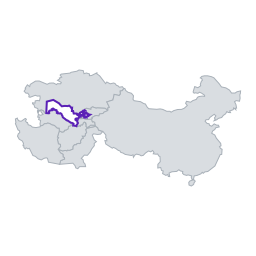 Uzbekistan shown with its bordering countries
{"feature_id": "UZB", "entity_name": "Uzbekistan", "entity_type": "country or territory", "adm_level": 0, "iso_a3": "UZB", "parent_name": "Asia", "parent_adm1": "", "projection": "robinson", "projection_center": [66.075, 41.364], "detail": "medium", "context": "with_neighbors", "style": "outline", "palette": "violet", "viewbox_px": 256, "rotation_deg": 0, "n_neighbors": 8, "source": "natural_earth", "source_scale": "50m", "svg_char_len": 9244}
<svg xmlns="http://www.w3.org/2000/svg" viewBox="0 0 256 256"><path d="M123.8,88.6L122.2,90.7L120.2,91.0L120.4,94.1L119.2,95.5L114.2,94.4L112.9,100.0L106.8,101.9L109.4,107.3L107.7,108.1L108.0,109.9L106.5,109.4L105.1,108.3L97.1,107.9L96.2,108.2L92.6,106.9L91.2,107.6L90.9,109.4L86.7,108.3L85.0,108.8L84.5,110.2L79.7,112.9L78.6,115.1L77.6,115.2L76.9,113.7L73.7,113.6L73.2,111.0L71.9,111.0L72.1,107.9L69.1,105.6L61.8,106.3L59.5,103.5L53.2,99.8L46.7,101.6L46.3,113.1L44.9,113.3L43.3,110.8L41.6,110.0L38.7,110.6L37.5,111.7L37.4,110.9L38.1,109.6L37.7,108.5L34.8,107.4L33.9,104.6L32.6,103.9L32.5,102.8L35.0,103.1L35.2,100.9L37.4,100.4L39.5,100.8L40.2,97.8L39.9,95.9L37.4,96.1L35.3,95.3L30.0,97.3L28.8,96.8L29.2,95.2L27.8,93.2L26.0,93.2L24.1,91.2L25.7,88.8L25.1,88.2L27.4,84.8L29.7,86.6L30.2,84.4L35.5,81.1L39.2,81.0L47.1,84.3L49.7,83.1L53.5,83.0L56.5,84.6L57.3,83.7L60.7,83.8L61.3,82.4L57.5,80.3L59.8,78.8L59.4,78.0L61.7,77.2L60.1,75.1L61.2,74.1L70.0,73.1L71.1,72.3L76.9,71.2L79.0,70.0L83.2,70.6L84.0,73.7L86.4,73.0L89.5,74.0L89.4,75.7L91.6,75.5L97.3,72.6L96.6,73.6L99.7,75.9L105.6,83.6L106.8,82.0L110.2,83.8L113.6,83.0L115.0,83.5L116.4,85.3L118.1,85.9L119.3,87.2L122.4,86.7L123.8,88.6Z" fill="#d9dde1" stroke="#a8b0b8" stroke-width="1"/><path d="M102.9,131.4L100.5,134.1L97.6,134.5L93.5,133.8L92.3,135.1L94.3,140.0L96.4,141.6L94.2,143.4L94.3,145.7L91.8,148.8L90.2,152.0L87.4,155.3L84.3,155.1L81.3,158.4L83.1,159.8L83.5,162.3L85.0,163.9L85.6,166.6L79.6,166.6L77.8,168.7L75.8,167.9L75.0,165.6L72.9,163.2L59.6,164.3L60.7,160.6L64.6,159.0L64.4,157.5L63.1,157.0L63.0,154.3L60.5,152.9L58.1,149.3L62.6,150.9L65.3,150.4L66.9,150.8L67.4,150.1L69.3,150.4L72.8,149.1L72.9,146.4L74.4,144.6L76.3,144.6L76.6,143.8L78.7,143.3L79.6,143.6L80.7,142.8L80.5,140.9L81.6,138.9L83.3,138.1L82.2,136.1L84.7,136.2L85.4,135.0L85.3,133.8L86.6,132.5L85.6,129.6L87.1,128.2L95.7,126.3L97.7,127.7L98.6,130.1L102.9,131.4Z" fill="#d9dde1" stroke="#a8b0b8" stroke-width="1"/><path d="M73.2,125.5L74.7,125.5L77.4,126.6L79.3,125.6L80.2,126.2L81.0,124.8L82.6,124.8L83.2,123.1L84.3,122.0L85.7,122.7L85.5,123.7L86.2,123.8L86.1,126.5L87.1,127.5L89.1,126.5L90.7,125.1L95.2,125.3L95.7,126.3L87.1,128.2L85.6,129.6L86.6,132.5L85.3,133.8L85.4,135.0L84.7,136.2L82.2,136.1L83.3,138.1L81.6,138.9L80.5,140.9L80.7,142.8L79.6,143.6L78.7,143.3L76.6,143.8L76.3,144.6L74.4,144.6L72.9,146.4L72.8,149.1L69.3,150.4L67.4,150.1L66.9,150.8L65.3,150.4L62.6,150.9L58.1,149.3L60.6,146.4L60.4,144.4L58.4,143.9L57.4,139.3L58.5,137.6L57.4,137.1L59.3,130.9L62.0,132.1L63.9,131.7L64.5,130.3L66.6,129.8L68.1,128.8L68.6,126.3L70.8,125.7L71.2,124.6L73.2,125.5Z" fill="#d9dde1" stroke="#a8b0b8" stroke-width="1"/><path d="M76.6,126.2L78.1,123.0L77.5,120.7L75.6,119.9L76.2,118.5L78.4,118.7L80.4,115.0L83.8,114.2L83.3,115.7L83.7,116.5L84.7,116.5L83.8,117.4L81.0,116.9L80.8,118.7L83.6,118.5L86.8,119.5L91.6,119.0L92.4,121.9L93.2,121.6L94.8,122.3L95.2,125.3L90.7,125.1L89.1,126.5L87.1,127.5L86.1,126.5L86.2,123.8L85.5,123.7L85.7,122.7L84.3,122.0L83.2,123.1L82.6,124.8L81.0,124.8L80.2,126.2L79.3,125.6L77.4,126.6L76.6,126.2Z" fill="#d9dde1" stroke="#a8b0b8" stroke-width="1"/><path d="M84.5,110.2L85.0,108.8L86.7,108.3L90.9,109.4L91.2,107.6L92.6,106.9L96.2,108.2L97.1,107.9L105.1,108.3L106.5,109.4L108.0,109.9L107.7,110.6L103.8,112.3L103.0,113.5L99.7,113.9L98.9,115.9L96.1,115.5L94.4,116.1L92.0,117.6L92.4,118.3L91.6,119.0L86.8,119.5L83.6,118.5L80.8,118.7L81.0,116.9L83.8,117.4L84.7,116.5L86.7,116.8L89.9,114.5L86.8,112.9L85.0,113.7L83.1,112.5L85.2,110.5L84.5,110.2Z" fill="#d9dde1" stroke="#a8b0b8" stroke-width="1"/><path d="M37.5,111.7L38.7,110.6L41.6,110.0L43.3,110.8L44.9,113.3L49.1,113.1L48.8,111.5L51.0,110.5L53.2,108.6L56.6,110.3L56.8,112.8L57.7,113.4L60.5,113.3L61.3,113.8L62.5,117.1L67.1,120.7L73.3,123.6L73.2,125.5L71.2,124.6L70.8,125.7L68.6,126.3L68.1,128.8L66.6,129.8L64.5,130.3L63.9,131.7L62.0,132.1L59.3,130.9L59.1,128.3L57.2,128.2L54.3,125.4L52.2,125.0L49.4,123.4L47.5,123.1L46.4,123.7L44.6,123.6L42.7,125.4L40.4,126.0L40.0,123.8L40.6,120.5L38.6,119.5L39.4,117.3L37.7,117.1L38.4,114.5L40.8,115.3L43.1,114.3L41.3,112.4L40.7,110.6L38.6,111.4L38.2,113.7L37.5,111.7Z" fill="#d9dde1" stroke="#a8b0b8" stroke-width="1"/><path d="M25.2,149.0L23.8,147.3L23.8,145.6L23.0,145.6L23.5,143.4L22.3,141.0L19.2,139.2L17.5,136.2L18.3,133.8L19.7,132.7L19.6,130.8L18.0,129.9L15.4,123.6L15.9,122.6L15.4,119.0L17.3,118.1L17.6,119.3L18.8,120.8L20.5,121.2L21.5,121.1L24.7,118.8L25.7,118.5L26.4,119.5L25.4,121.0L26.9,122.7L27.5,122.5L28.2,124.8L30.6,125.5L32.3,127.1L36.0,127.6L40.1,126.8L40.4,126.0L42.7,125.4L44.6,123.6L46.4,123.7L47.5,123.1L49.4,123.4L52.2,125.0L54.3,125.4L57.2,128.2L59.1,128.3L59.3,130.9L57.4,137.1L58.5,137.6L57.4,139.3L58.4,143.9L60.4,144.4L60.6,146.4L58.1,149.3L60.5,152.9L63.0,154.3L63.1,157.0L64.4,157.5L64.6,159.0L60.7,160.6L59.6,164.3L48.5,162.2L47.5,158.3L46.2,157.8L44.1,158.3L41.3,159.9L38.1,158.8L35.4,156.4L32.9,155.5L29.3,148.3L27.9,148.8L26.2,147.8L25.2,149.0Z" fill="#d9dde1" stroke="#a8b0b8" stroke-width="1"/><path d="M191.3,186.0L189.0,185.0L188.8,182.3L190.0,180.9L193.0,180.0L194.5,180.1L195.2,181.3L194.1,182.7L193.6,184.5L191.3,186.0ZM108.0,109.9L107.7,108.1L109.4,107.3L106.8,101.9L112.9,100.0L114.2,94.4L119.2,95.5L120.4,94.1L120.2,91.0L122.2,90.7L123.8,88.6L124.8,88.4L125.7,90.5L127.9,92.2L131.5,93.3L133.5,95.8L133.0,99.4L134.1,100.7L140.6,101.7L143.8,103.6L145.4,104.0L147.0,106.9L148.7,108.7L156.8,109.3L160.1,108.9L162.7,109.4L166.8,111.3L169.9,111.3L171.1,112.2L173.8,110.6L177.7,109.5L181.5,109.4L184.2,108.3L187.3,105.5L185.6,103.3L186.5,101.3L190.6,102.2L192.8,100.6L196.3,99.4L197.5,97.3L199.1,96.5L202.5,96.1L204.6,96.4L204.6,95.3L201.7,93.2L199.5,92.2L197.9,93.3L195.4,92.8L194.1,93.2L193.1,92.0L194.7,86.6L197.9,87.7L200.7,85.8L200.3,84.4L201.4,81.2L202.4,80.3L201.8,78.6L200.3,77.9L201.8,76.4L204.5,75.8L207.6,75.8L211.5,76.7L213.9,77.8L219.4,84.0L221.4,86.9L225.9,87.9L229.5,90.1L231.5,93.0L235.2,93.0L236.9,91.8L240.6,90.9L240.3,93.7L239.8,94.8L240.1,98.2L239.5,101.2L236.2,100.6L234.5,101.7L235.9,104.4L236.6,108.1L235.4,108.2L235.8,109.7L233.7,107.9L233.2,109.7L229.6,111.0L230.5,112.6L228.3,112.5L226.8,111.6L225.6,113.8L223.3,115.4L221.7,117.5L218.3,118.4L216.7,119.8L214.1,120.7L215.2,119.2L214.4,118.0L215.9,115.9L214.2,114.3L209.8,117.5L208.6,119.6L206.1,119.7L205.1,121.2L206.9,123.3L209.1,123.8L209.5,125.3L211.7,126.2L214.2,123.9L216.7,125.2L218.4,125.2L219.2,126.9L215.7,127.8L214.8,129.5L212.6,131.0L211.7,133.3L214.8,135.0L216.3,138.1L220.7,143.4L221.0,145.8L219.5,146.6L220.4,148.3L222.1,149.3L221.7,154.4L220.2,154.6L214.9,166.0L207.8,171.5L204.8,171.9L203.2,173.3L202.2,172.3L200.8,173.9L197.1,175.4L194.2,175.9L193.5,179.3L192.0,179.4L191.2,177.1L191.7,175.9L188.0,174.9L186.7,175.4L183.9,174.6L182.5,173.3L182.8,171.5L180.3,170.9L178.9,169.7L176.7,171.4L171.9,171.8L169.1,173.0L169.7,176.6L168.3,176.5L167.8,174.5L165.9,175.4L162.6,173.6L163.2,171.0L161.5,170.4L160.7,167.5L157.8,168.0L157.9,164.3L160.3,161.6L160.0,156.6L158.7,155.9L157.7,154.0L156.1,154.2L153.2,153.8L154.0,152.4L152.6,150.5L150.8,151.8L148.5,151.0L145.5,153.0L143.2,155.4L141.1,155.8L139.8,154.9L136.5,154.1L135.0,154.9L133.4,157.3L133.0,154.8L131.4,155.5L125.2,154.4L122.9,153.0L120.8,152.4L119.9,150.9L118.3,150.4L115.6,148.4L113.4,147.4L112.3,148.2L105.8,144.0L104.9,140.5L106.8,140.9L106.8,139.3L105.7,137.7L105.9,135.1L102.9,131.4L98.6,130.1L97.7,127.7L95.7,126.3L95.2,125.3L94.8,122.3L93.2,121.6L92.4,121.9L91.6,119.0L92.4,118.3L92.0,117.6L94.4,116.1L96.1,115.5L98.9,115.9L99.7,113.9L103.0,113.5L103.8,112.3L107.7,110.6L108.0,109.9Z" fill="#d9dde1" stroke="#a8b0b8" stroke-width="1"/><path d="M83.8,110.5L84.6,110.1L85.1,110.5L84.2,110.9L84.1,111.2L83.6,111.4L82.5,112.3L82.6,112.5L83.3,112.8L83.8,112.7L84.3,113.4L85.6,113.7L85.7,113.0L86.1,113.1L86.1,112.5L86.3,112.4L86.8,113.1L86.9,113.5L87.6,113.6L87.7,114.0L88.1,114.0L88.9,114.5L90.1,114.7L88.8,115.6L88.3,115.4L88.2,116.0L87.6,115.9L87.1,116.4L86.5,116.8L85.5,116.3L83.7,116.6L83.5,116.2L83.1,116.0L83.1,115.9L84.0,114.9L83.1,114.0L82.8,114.4L81.4,115.2L80.6,114.7L80.1,115.5L80.3,116.2L80.1,116.3L80.3,116.6L78.6,116.7L79.5,116.9L79.1,117.1L79.2,117.5L78.6,117.7L78.3,118.6L76.3,118.4L75.5,118.9L75.4,119.7L76.1,120.0L76.2,120.4L77.4,120.6L77.2,121.4L77.3,122.0L77.9,122.9L77.8,123.4L76.6,125.1L76.4,126.1L75.8,125.8L75.0,125.9L74.6,125.6L74.0,125.5L73.2,125.6L73.2,124.2L73.5,123.7L73.3,123.5L71.8,122.8L70.9,122.8L67.5,120.4L67.1,120.5L66.1,119.9L65.4,119.2L62.8,117.3L62.6,116.2L61.9,115.1L61.4,113.8L60.4,113.2L59.7,113.5L58.8,113.3L57.7,113.4L56.8,112.9L56.9,112.3L56.8,111.7L57.1,111.6L56.5,111.1L56.6,110.3L56.3,110.1L55.0,110.0L54.5,109.4L53.8,109.2L53.1,108.6L52.8,108.9L52.3,108.8L52.0,109.0L52.8,110.0L52.6,110.1L52.3,109.6L51.7,109.5L51.1,110.4L49.7,110.6L48.9,111.4L49.0,112.7L49.2,113.0L48.9,113.3L46.3,113.1L46.8,101.6L53.3,99.9L59.3,103.5L59.7,104.2L61.8,106.3L64.8,105.9L67.9,106.1L69.1,105.6L70.6,106.9L71.4,108.2L72.1,107.9L71.9,111.0L73.1,111.0L73.7,113.5L76.8,113.5L77.3,114.0L77.1,114.7L78.0,115.3L78.5,115.3L78.5,114.5L79.5,113.5L79.9,112.8L82.3,111.5L83.1,110.7L83.5,110.9L83.8,110.5ZM83.7,114.3L83.7,114.1L83.7,114.3ZM85.2,117.6L84.7,117.6L84.8,117.3L84.6,117.1L84.6,116.8L85.3,117.1L85.2,117.6ZM86.7,117.2L86.7,117.5L86.4,117.4L86.7,117.2Z" fill="none" stroke="#5b21b6" stroke-width="2"/></svg>